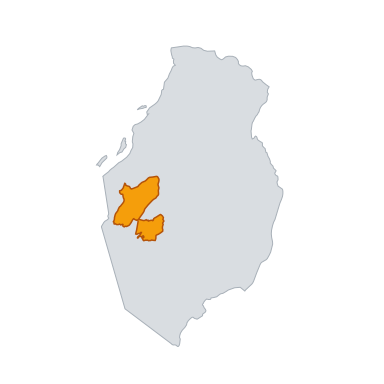 location of Manyara within United Republic of Tanzania, rotated 217°
{"feature_id": "TZA-3392", "entity_name": "Manyara", "entity_type": "Region", "adm_level": 1, "iso_a3": "TZA", "parent_name": "United Republic of Tanzania", "parent_adm1": "", "projection": "equal_earth", "projection_center": [36.5, -4.726], "detail": "fine", "context": "in_parent", "style": "filled", "palette": "amber", "viewbox_px": 384, "rotation_deg": 217, "n_neighbors": 0, "source": "natural_earth", "source_scale": "10m", "svg_char_len": 6454}
<svg xmlns="http://www.w3.org/2000/svg" viewBox="0 0 384 384"><g transform="rotate(217 192 192)"><path d="M155.9,268.5L152.9,266.3L150.1,265.1L147.9,263.6L146.9,262.2L144.8,261.7L142.9,261.4L141.3,260.1L137.8,259.7L137.4,258.8L137.3,256.9L136.7,256.4L135.5,255.9L134.1,255.9L133.3,256.2L132.8,256.0L131.7,254.9L130.6,253.5L130.2,251.2L128.6,249.7L126.8,248.5L121.7,248.7L120.9,248.3L119.7,247.1L118.3,245.2L117.1,243.0L116.1,240.0L115.1,236.0L109.2,220.0L108.6,216.9L107.4,213.5L105.5,209.4L103.5,206.3L100.9,203.5L97.8,200.8L96.2,198.9L93.0,191.3L92.3,187.8L91.8,184.1L92.0,182.6L94.0,177.9L94.2,176.6L93.9,174.8L92.9,171.0L91.7,166.4L89.2,158.1L88.8,156.0L88.8,154.4L90.3,145.9L90.2,144.7L96.1,144.9L100.3,141.2L104.0,135.6L104.8,133.3L106.3,129.7L107.8,128.0L108.3,126.7L109.2,123.2L111.1,120.8L113.0,118.9L112.6,117.6L112.9,117.1L113.9,116.2L115.9,115.3L116.3,113.5L116.3,111.3L116.0,110.2L116.0,108.8L115.7,108.1L114.4,107.9L112.5,106.8L110.8,106.4L109.7,105.8L109.3,105.3L109.1,104.0L110.0,100.8L109.1,99.5L111.1,94.1L111.5,93.4L112.2,93.3L113.4,92.7L114.5,92.5L115.4,92.7L116.0,92.5L116.6,91.9L117.1,90.0L117.5,87.0L117.3,84.5L116.4,82.6L116.2,79.6L116.6,75.7L116.3,72.4L115.3,69.8L114.4,68.3L112.9,67.5L110.6,63.5L109.9,61.6L110.0,60.4L110.8,59.9L112.3,60.1L113.7,59.6L115.0,58.5L116.2,58.2L116.9,58.4L175.2,58.4L243.3,109.6L243.6,110.2L244.1,114.6L244.0,116.1L243.0,118.6L242.7,120.0L242.7,120.9L242.9,121.2L243.8,121.4L244.6,122.0L244.8,122.4L245.4,124.4L246.2,125.3L272.0,150.4L272.6,150.8L272.2,152.9L270.8,158.0L270.7,160.1L270.1,162.6L269.5,164.3L268.1,171.4L266.8,174.1L265.1,180.4L264.8,185.2L265.7,188.6L266.1,191.8L268.1,194.9L269.7,196.0L270.7,197.4L272.6,200.6L273.7,203.8L277.2,205.4L278.5,209.1L278.0,211.6L276.4,213.6L274.9,217.0L273.7,221.4L273.7,228.1L274.5,227.1L276.3,228.7L276.5,233.7L274.6,239.5L274.0,242.2L273.9,244.5L275.3,251.4L277.3,254.9L277.2,256.0L276.6,256.9L280.1,263.1L279.8,268.5L281.1,272.7L281.7,276.4L282.5,279.1L282.7,281.1L281.6,283.2L284.2,283.7L285.7,285.5L286.4,287.2L288.2,287.1L289.2,288.2L290.7,289.2L293.8,292.0L294.7,293.4L295.2,294.7L286.4,303.6L283.2,305.9L281.0,306.9L278.5,307.5L276.2,308.9L274.1,311.1L271.3,312.2L267.9,312.2L264.4,313.7L258.8,318.3L255.5,315.8L253.0,314.9L250.0,315.0L248.2,315.3L247.6,315.9L247.0,317.4L246.5,320.0L244.6,322.4L241.2,324.8L238.1,325.7L235.3,325.1L233.4,324.1L232.4,322.7L230.9,322.1L228.9,322.2L227.1,323.2L225.3,325.0L222.4,325.8L218.5,325.6L216.4,324.7L216.1,323.1L214.4,321.4L211.2,319.3L208.9,319.3L207.4,321.2L206.1,322.5L204.8,323.0L203.7,323.0L202.1,322.5L197.8,322.3L193.7,322.4L193.3,319.5L192.4,317.8L191.7,316.8L190.3,316.5L189.8,315.7L189.4,313.9L188.7,312.4L187.7,311.2L187.2,310.0L187.0,309.0L187.1,307.8L188.0,304.9L188.3,302.9L188.2,300.8L187.7,298.7L186.7,296.2L186.8,295.5L186.5,293.8L186.4,292.6L186.6,291.1L186.4,289.2L185.6,285.0L185.6,283.9L184.7,281.9L181.9,277.1L181.8,276.5L177.5,271.7L175.8,270.6L175.2,271.6L174.9,272.4L175.1,273.9L175.0,274.7L174.8,275.0L173.8,275.0L173.2,274.8L171.5,273.5L170.3,273.2L167.1,273.4L166.0,273.7L165.2,273.4L163.5,271.2L161.5,270.8L159.8,270.7L156.9,268.2L155.9,268.5ZM277.6,187.8L279.0,193.2L278.9,194.2L277.9,194.8L277.3,194.8L276.7,194.0L276.3,192.2L275.5,192.6L274.2,190.5L272.9,190.4L271.8,187.8L272.3,185.6L272.0,181.8L273.4,179.8L274.2,176.5L275.1,178.8L275.3,182.3L276.5,186.4L277.6,187.8ZM284.5,156.1L284.6,157.4L284.4,158.6L284.4,162.4L284.3,164.9L283.2,168.3L282.4,169.6L281.6,169.2L281.0,168.7L280.5,167.7L281.5,161.3L281.0,156.7L283.0,157.1L284.5,156.1ZM281.5,232.8L280.5,233.2L280.1,232.9L279.5,231.8L280.6,230.9L281.6,229.2L284.0,226.7L285.2,224.7L285.0,226.6L283.6,230.9L282.5,231.2L281.5,232.8Z" fill="#d9dde1" stroke="#a8b0b8" stroke-width="1"/><path d="M232.5,180.2L229.8,183.1L228.8,183.5L227.5,183.0L226.2,182.4L225.3,181.3L224.6,179.9L224.1,178.4L223.4,177.2L222.2,176.4L221.0,175.5L220.4,174.4L219.9,173.1L219.0,172.0L218.0,170.9L217.3,169.9L217.1,168.8L217.4,167.4L217.2,165.8L217.6,164.5L218.2,163.2L218.6,161.5L219.3,155.5L219.5,150.4L219.4,149.6L218.9,148.3L218.6,146.9L218.5,145.5L218.3,138.1L213.7,139.9L213.1,140.4L212.7,140.8L212.5,141.0L211.9,142.3L211.0,142.2L210.5,142.7L210.1,143.0L209.8,142.7L209.4,142.5L209.1,142.8L208.9,143.2L208.1,144.3L206.7,145.6L206.3,145.4L206.1,145.5L206.0,146.0L206.0,146.4L206.2,146.8L206.5,147.7L206.3,148.6L205.4,150.6L204.1,154.1L203.7,155.0L202.7,155.2L201.0,155.0L200.8,154.9L200.5,154.8L199.4,154.3L198.7,152.5L197.6,152.3L196.9,151.6L196.9,150.5L196.7,149.5L195.5,148.7L194.8,146.7L193.9,145.3L192.6,144.3L191.8,143.0L192.5,140.5L193.4,138.1L194.5,136.2L194.5,135.4L192.9,133.1L192.2,131.2L192.8,130.7L193.5,130.3L194.2,129.9L195.3,129.4L195.5,129.1L195.6,128.7L195.8,128.4L197.5,126.9L198.1,126.9L198.6,126.7L199.3,126.1L200.0,125.7L201.2,124.1L202.0,124.1L202.7,124.6L203.5,124.8L204.1,125.1L203.6,125.8L203.2,126.7L203.8,127.5L204.6,127.6L205.0,127.0L204.9,126.0L207.1,125.2L207.4,124.3L207.5,122.6L208.0,122.6L208.3,123.8L207.8,125.6L207.7,127.5L208.1,129.2L208.5,129.0L208.5,128.3L209.0,127.4L209.7,126.7L210.6,125.1L211.7,124.6L212.3,125.8L213.2,128.0L217.4,136.2L218.3,136.7L219.1,136.6L219.3,136.0L220.2,135.8L221.0,135.7L221.5,135.5L222.1,135.5L222.4,135.7L222.6,135.5L222.7,134.1L222.2,130.9L222.1,128.1L222.4,127.1L223.5,125.1L223.8,124.9L224.2,124.8L224.6,124.4L224.9,124.2L225.1,123.8L225.1,123.5L225.2,123.3L226.6,123.2L226.9,123.4L227.2,123.7L227.6,124.5L228.2,124.3L228.6,123.5L229.1,122.8L230.5,122.8L230.9,122.2L231.3,121.6L231.9,121.1L232.5,120.7L233.0,120.6L233.4,120.5L233.9,120.6L234.4,119.9L234.8,119.8L235.2,119.7L235.4,120.1L235.6,120.5L236.2,120.8L236.7,120.8L237.0,121.1L236.9,121.6L237.5,123.4L238.5,124.9L239.2,126.5L239.7,127.8L240.0,128.9L240.0,131.7L240.1,132.9L240.4,133.4L240.8,135.3L240.9,136.0L240.9,136.7L240.6,137.6L240.6,138.4L240.6,139.2L240.5,141.1L240.6,143.1L241.2,144.5L242.1,145.5L242.6,145.6L244.2,146.8L245.5,148.1L245.9,148.4L246.3,148.3L247.0,147.7L247.4,147.6L248.6,147.7L248.8,147.8L249.0,148.0L249.4,148.1L249.6,148.2L250.0,148.7L250.5,149.4L249.5,150.8L249.4,152.4L249.4,153.6L249.6,154.7L250.0,155.3L250.1,156.2L250.3,156.9L250.7,157.5L250.8,158.5L249.9,158.4L249.4,158.0L248.9,157.5L248.6,157.6L247.3,157.9L246.4,158.3L245.3,158.7L244.2,158.3L243.3,157.9L242.3,157.9L241.3,159.2L238.6,163.6L238.4,164.2L238.6,164.9L238.5,165.6L238.1,168.0L237.7,169.6L236.0,172.6L235.7,173.9L235.3,176.9L234.7,178.2L232.5,180.2Z" fill="#f59e0b" stroke="#b45309" stroke-width="1.5"/></g></svg>